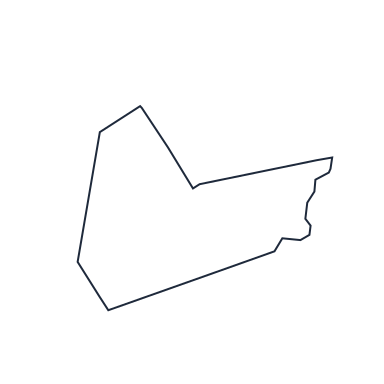 the district of Moniteau, Missouri, United States of America, rotated 56°
{"feature_id": "52423323B12079840078739", "entity_name": "Moniteau", "entity_type": "district", "adm_level": 2, "iso_a3": "USA", "parent_name": "United States of America", "parent_adm1": "Missouri", "projection": "natural_earth1", "projection_center": [-92.537, 38.675], "detail": "fine", "context": "isolated", "style": "outline", "palette": "slate", "viewbox_px": 384, "rotation_deg": 56, "n_neighbors": 0, "source": "geoboundaries", "source_scale": "gbopen_adm2", "svg_char_len": 456}
<svg xmlns="http://www.w3.org/2000/svg" viewBox="0 0 384 384"><g transform="rotate(56 192 192)"><path d="M186.0,325.9L227.1,327.2L243.2,327.5L271.5,218.2L287.3,156.8L280.9,143.0L292.5,129.0L293.2,118.6L286.2,112.5L277.6,113.0L265.3,102.4L260.1,90.3L250.8,82.8L252.4,67.7L250.2,64.2L241.8,56.5L235.3,71.0L189.8,181.3L189.7,184.8L189.6,189.2L141.5,187.0L94.2,186.6L91.8,187.0L90.8,234.9L186.0,325.9Z" fill="none" stroke="#1e293b" stroke-width="2"/></g></svg>